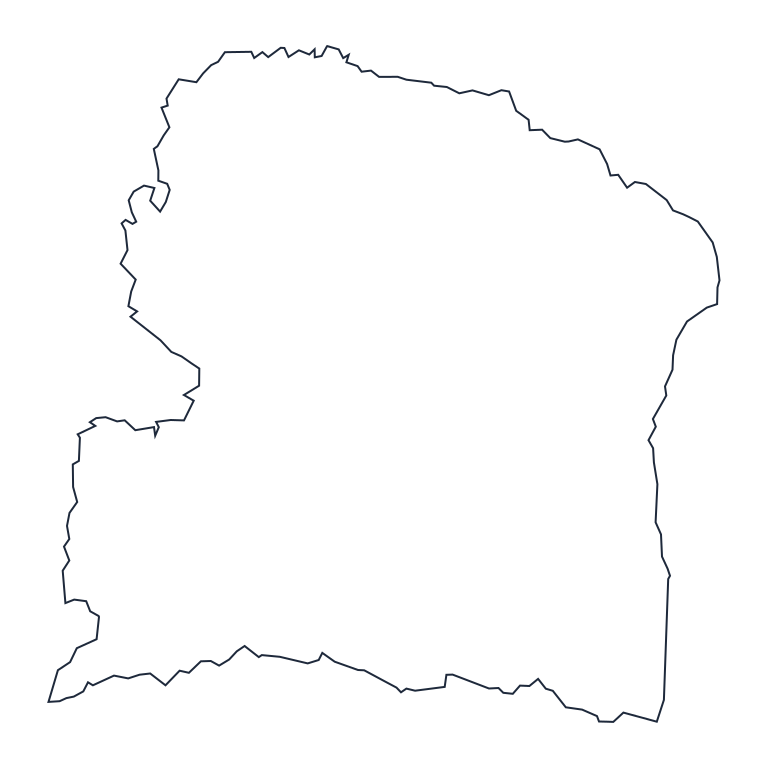 the district of San Germán, Puerto Rico
{"feature_id": "32010507B44684662227535", "entity_name": "San Germán", "entity_type": "district", "adm_level": 2, "iso_a3": "PRI", "parent_name": "Puerto Rico", "parent_adm1": "", "projection": "robinson", "projection_center": [-67.051, 18.113], "detail": "fine", "context": "isolated", "style": "outline", "palette": "slate", "viewbox_px": 768, "rotation_deg": 0, "n_neighbors": 0, "source": "geoboundaries", "source_scale": "gbopen_adm2", "svg_char_len": 2610}
<svg xmlns="http://www.w3.org/2000/svg" viewBox="0 0 768 768"><path d="M48.5,701.9L59.6,701.2L66.4,698.1L73.8,696.6L83.3,691.4L88.0,682.3L92.9,685.3L114.0,675.6L128.2,678.4L139.6,674.7L150.2,673.5L165.5,685.3L179.6,670.7L188.9,672.8L200.9,661.3L210.8,661.0L219.1,665.6L229.2,659.5L236.8,651.3L244.6,646.0L258.8,657.1L261.8,655.1L279.8,656.8L307.7,663.4L318.7,660.0L322.3,652.9L334.7,661.7L358.0,670.0L364.2,670.3L385.6,681.8L396.5,687.6L401.0,692.3L406.4,688.6L415.1,690.7L444.7,686.9L446.4,674.8L452.6,674.6L489.0,688.5L498.5,688.0L503.3,692.8L512.8,693.8L520.0,685.6L529.4,686.0L538.1,678.9L545.8,688.7L552.8,690.8L565.8,707.3L582.1,709.6L597.0,716.1L599.0,721.5L607.2,721.7L613.3,721.9L623.4,712.6L656.8,721.7L663.9,699.9L668.2,579.0L670.0,575.8L667.6,568.7L662.0,556.6L661.0,534.4L655.6,522.3L657.4,484.2L653.9,462.4L653.1,448.2L648.5,440.2L655.8,426.7L652.9,419.0L666.3,395.5L665.0,386.4L672.5,369.7L673.1,355.3L676.4,339.7L687.0,321.5L706.8,307.6L717.1,304.1L717.5,287.4L719.5,280.4L716.8,256.9L712.7,242.5L697.8,221.5L689.2,217.1L683.2,214.3L673.0,210.4L666.7,200.1L645.9,184.0L634.9,182.0L627.1,187.7L618.2,174.8L610.5,175.5L607.1,164.0L599.6,149.3L577.9,139.4L568.6,141.5L564.8,141.7L550.3,138.1L542.1,129.7L529.7,130.2L528.6,119.8L516.2,110.8L509.1,91.5L501.4,90.2L488.9,95.2L478.3,92.1L472.5,90.4L459.3,93.3L446.8,87.0L434.1,85.7L431.3,82.7L406.4,79.7L397.7,76.8L379.1,76.9L371.0,70.6L361.6,71.7L357.6,66.1L346.4,62.3L348.7,54.8L343.2,58.1L338.7,49.4L327.2,46.1L326.8,46.6L321.6,56.0L314.8,57.3L314.6,49.3L309.3,54.5L298.9,50.3L288.5,57.0L284.4,48.0L280.7,47.8L268.2,57.1L262.4,52.1L254.2,58.0L251.3,51.8L224.9,52.2L218.1,61.8L211.2,65.1L203.1,73.4L196.4,82.2L178.7,79.3L166.5,98.6L167.7,105.6L161.5,107.6L169.4,127.3L163.7,135.4L157.5,146.2L153.8,148.9L158.4,170.4L158.3,180.7L167.2,183.8L169.7,189.9L165.8,202.0L160.1,211.6L150.2,200.7L154.4,188.0L144.0,185.6L133.7,191.6L128.7,200.3L131.8,212.3L136.2,221.7L132.5,223.9L125.6,219.9L121.6,223.4L125.4,230.5L127.5,250.1L120.6,263.7L135.7,279.6L131.2,291.5L128.4,306.2L137.1,311.4L130.5,316.7L160.5,340.3L171.3,351.9L181.5,356.4L191.4,363.3L199.3,368.6L199.1,385.7L183.9,395.0L193.7,400.7L184.0,420.4L170.7,420.0L156.1,421.9L158.8,427.2L155.2,435.7L154.0,427.1L135.3,430.2L124.7,420.3L117.1,421.4L105.6,417.2L96.2,418.1L89.9,422.2L95.3,425.9L77.7,434.3L79.9,437.7L78.9,460.9L72.8,464.4L73.1,487.0L77.2,502.0L69.5,512.9L67.0,525.9L69.3,539.0L64.0,546.6L69.3,560.5L62.7,570.7L65.4,603.1L74.2,599.6L86.2,601.2L90.2,611.3L98.6,616.0L99.0,616.9L96.6,639.2L76.8,648.2L70.1,662.1L57.9,670.2L48.5,701.9Z" fill="none" stroke="#1e293b" stroke-width="2"/></svg>